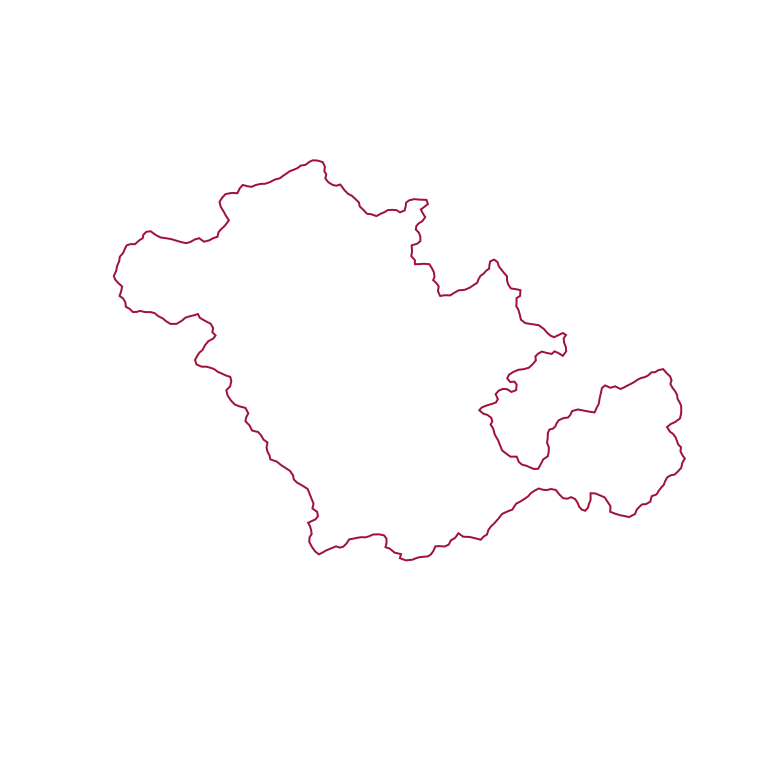 outline of Muriaé, Minas Gerais, Brazil, rotated 126°
{"feature_id": "56859067B59744143145947", "entity_name": "Muriaé", "entity_type": "district", "adm_level": 2, "iso_a3": "BRA", "parent_name": "Brazil", "parent_adm1": "Minas Gerais", "projection": "robinson", "projection_center": [-42.437, -21.086], "detail": "fine", "context": "isolated", "style": "outline", "palette": "rose", "viewbox_px": 768, "rotation_deg": 126, "n_neighbors": 0, "source": "geoboundaries", "source_scale": "gbopen_adm2", "svg_char_len": 6022}
<svg xmlns="http://www.w3.org/2000/svg" viewBox="0 0 768 768"><g transform="rotate(126 384 384)"><path d="M478.4,547.1L477.2,541.8L474.5,538.1L473.1,534.5L471.8,530.5L471.8,525.2L470.9,521.5L470.0,516.7L468.6,512.6L471.3,509.3L476.3,507.1L481.7,507.9L485.2,503.8L487.3,498.2L488.3,492.6L487.1,487.9L484.8,482.1L487.5,476.5L491.6,476.0L495.5,474.3L496.6,468.4L499.2,463.4L496.8,457.5L498.0,452.8L499.8,448.9L499.8,443.9L504.6,441.6L507.4,438.2L509.0,434.7L511.8,431.6L509.8,425.2L510.1,419.4L509.8,414.2L509.6,408.8L511.4,403.8L514.2,401.0L514.9,396.5L514.2,390.7L513.8,384.1L516.2,380.2L519.2,375.5L522.2,370.7L526.8,368.7L526.7,363.0L529.8,359.7L533.9,359.9L537.2,361.8L540.9,363.8L542.5,360.3L545.1,357.0L548.0,354.3L551.6,354.2L555.7,351.7L558.1,346.7L559.9,341.4L560.1,336.5L556.2,334.5L552.5,332.9L548.1,330.2L543.6,327.4L542.3,323.5L539.5,321.3L535.2,320.6L530.2,320.8L527.3,318.1L524.1,315.2L521.3,312.4L519.0,308.9L516.0,306.6L512.2,304.4L508.5,299.6L506.4,294.9L507.8,291.0L511.0,288.6L515.1,286.9L513.8,282.6L514.2,276.2L511.6,270.2L515.6,268.8L513.8,262.6L509.4,257.7L506.3,255.8L503.6,253.8L500.7,250.7L497.7,247.2L494.1,245.8L489.6,246.0L485.2,247.0L482.8,244.2L479.8,239.4L475.8,237.2L471.2,238.0L466.7,236.0L461.0,236.1L461.0,230.2L457.4,224.8L455.2,219.5L453.1,214.2L448.9,213.7L445.2,212.2L440.5,213.8L436.1,213.7L432.1,212.9L425.7,212.3L419.7,212.1L414.5,209.2L410.1,206.3L406.4,206.6L403.0,206.7L398.7,204.5L394.6,202.9L390.3,201.4L385.9,201.0L381.8,199.5L377.5,197.3L376.3,193.7L374.3,190.1L370.9,187.3L368.7,182.7L370.2,177.7L371.1,172.0L368.9,168.1L365.6,166.2L364.7,161.7L366.5,157.2L368.5,154.1L369.4,150.4L368.3,146.7L364.0,146.3L360.6,147.7L356.2,148.8L351.0,152.7L348.3,148.7L347.3,144.4L346.0,138.9L348.3,132.8L349.8,128.9L354.4,125.9L353.1,120.9L351.4,115.9L349.6,112.1L347.6,107.5L341.7,104.5L336.9,105.7L333.2,105.2L329.8,104.5L327.2,101.5L322.7,99.4L317.4,101.5L313.1,98.6L308.3,99.0L304.2,98.8L301.0,98.4L297.6,99.4L293.0,100.0L289.4,98.4L286.4,95.6L281.9,94.8L277.1,94.3L272.1,96.4L267.5,96.8L266.3,100.4L264.3,104.5L260.6,106.6L260.0,110.4L257.5,114.1L255.6,117.1L254.5,120.8L254.5,124.7L252.5,129.7L248.1,128.6L243.7,126.2L238.0,124.3L233.7,126.0L230.3,128.2L226.9,130.9L225.0,134.2L223.5,137.7L220.5,140.6L218.8,144.1L217.5,148.4L215.7,152.3L212.1,153.5L209.7,157.0L209.1,161.5L207.9,166.9L211.5,170.2L215.1,171.6L217.4,174.5L221.4,175.2L224.8,176.8L228.3,179.7L231.7,181.5L234.9,182.5L238.3,184.1L242.1,186.1L245.5,187.7L249.0,189.7L250.0,195.6L254.0,198.6L255.2,204.3L259.3,205.3L263.6,203.3L269.1,201.0L273.9,198.6L278.6,197.9L283.2,196.9L285.6,201.4L287.8,206.1L290.6,212.1L295.3,215.9L299.5,215.1L302.9,215.4L306.3,218.9L310.6,221.3L314.1,221.3L317.7,220.5L320.9,221.1L323.6,223.4L327.2,222.7L332.0,219.5L335.7,217.6L338.3,213.4L342.6,210.6L346.2,209.0L351.3,210.9L357.2,210.0L361.9,209.4L364.7,212.9L365.6,216.8L366.5,221.0L368.1,224.7L367.8,229.0L364.8,233.9L368.5,239.0L368.5,244.1L368.3,249.3L365.6,253.8L362.3,258.9L359.9,264.5L355.8,269.6L354.2,273.9L350.6,274.4L348.3,277.4L348.2,282.0L349.6,286.3L349.2,291.5L345.5,291.1L342.4,289.2L339.6,287.3L336.5,284.8L333.2,282.6L329.3,283.0L326.6,287.7L322.0,287.3L318.1,285.0L315.9,281.4L315.5,276.2L311.3,273.5L306.5,276.4L305.4,279.9L308.2,283.0L307.0,287.7L303.0,288.3L298.3,286.5L293.5,283.6L290.1,279.9L285.8,276.4L280.5,275.4L275.7,275.0L272.7,277.7L269.1,277.2L265.0,275.4L263.2,270.5L261.1,266.0L257.4,265.3L256.5,261.4L256.1,255.9L250.5,255.8L247.1,258.7L244.7,262.6L241.4,265.5L237.4,265.5L237.6,269.3L242.1,271.7L246.2,273.9L247.0,277.7L246.7,281.9L245.5,287.1L245.5,293.5L247.8,297.9L249.9,301.9L251.7,305.6L251.5,311.0L247.9,315.1L244.9,319.0L243.3,322.7L239.9,324.8L236.7,327.2L232.7,325.7L227.9,328.8L229.6,332.7L232.1,337.5L230.4,342.2L227.7,345.5L224.5,347.9L223.7,351.8L222.5,356.3L221.1,360.7L218.6,363.8L218.7,368.1L222.3,370.1L225.7,368.7L228.9,366.7L232.1,367.9L236.3,368.3L239.7,369.5L243.7,369.1L247.4,368.1L250.8,369.5L255.6,371.2L260.3,374.0L264.3,378.6L268.9,380.8L273.4,382.5L276.3,386.8L279.8,390.3L277.2,394.9L272.9,397.1L271.6,400.6L271.1,405.3L267.6,406.1L264.2,409.4L261.8,414.2L260.4,417.7L263.3,422.4L266.5,426.2L268.9,429.4L265.6,431.9L264.5,437.1L260.3,439.2L255.6,443.1L250.8,439.5L247.0,438.6L243.4,441.2L241.0,444.9L240.3,449.1L237.1,450.7L233.5,450.3L229.8,448.7L224.8,448.7L223.0,453.2L221.1,456.8L217.1,455.5L212.6,454.2L210.1,457.9L213.6,463.1L216.7,468.2L220.5,471.5L224.2,472.7L227.6,470.9L231.4,469.3L235.7,471.9L236.0,476.0L238.0,479.3L240.9,483.0L244.6,484.6L248.5,486.9L252.6,488.8L254.2,494.2L256.3,497.8L255.2,503.3L254.6,508.0L251.8,511.1L251.0,516.9L250.6,520.8L251.3,524.8L250.4,530.0L248.3,536.6L251.6,539.1L253.1,542.4L253.5,547.6L252.2,552.3L248.4,553.9L246.9,557.4L243.0,559.4L240.5,564.0L242.3,569.1L244.8,573.0L248.0,574.9L252.8,576.3L256.3,579.8L259.7,580.7L262.8,582.4L267.2,585.3L271.3,586.7L274.6,587.9L278.8,589.2L282.8,592.5L287.8,595.0L291.9,597.9L294.6,601.4L298.5,604.8L302.4,607.1L304.2,610.6L306.0,615.3L310.6,615.7L315.8,614.7L318.9,619.5L323.5,623.8L328.0,624.4L333.2,624.2L336.6,620.3L338.8,614.9L340.9,610.6L342.7,605.7L346.7,605.7L350.5,605.9L354.7,606.8L358.3,607.1L362.8,605.3L366.6,608.0L370.5,609.8L374.7,613.3L374.7,619.3L378.4,622.1L382.9,624.1L386.4,626.9L388.2,631.0L390.1,636.3L391.7,640.9L393.7,645.1L396.7,650.7L397.6,656.0L397.6,662.6L400.5,665.7L404.7,666.4L407.9,664.9L411.5,666.4L417.3,667.7L419.7,671.2L423.1,673.7L426.9,673.1L431.2,672.1L436.4,672.5L440.3,670.4L445.2,669.4L449.8,667.2L455.4,666.1L457.5,663.0L458.5,658.3L459.0,653.2L463.5,651.1L468.2,649.7L468.1,645.6L470.0,641.2L473.3,638.2L472.7,634.2L473.4,629.5L471.1,626.5L468.3,624.4L466.3,619.7L462.9,614.9L461.5,611.3L461.8,606.5L461.0,601.6L461.3,596.8L460.9,592.1L457.2,587.1L451.5,584.7L447.1,583.7L443.7,581.2L440.3,578.3L436.8,575.7L438.7,571.8L438.3,567.9L437.8,563.6L437.1,559.7L439.2,555.1L443.0,553.3L443.7,548.8L447.5,548.8L452.6,551.3L457.6,551.6L463.3,550.8L467.0,551.8L470.4,551.7L475.7,551.0L478.4,547.1Z" fill="none" stroke="#9f1239" stroke-width="2"/></g></svg>